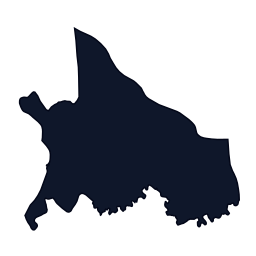 outline of Xebangfay, Khammouan, Laos, rotated 357°
{"feature_id": "54806243B47827681100424", "entity_name": "Xebangfay", "entity_type": "district", "adm_level": 2, "iso_a3": "LAO", "parent_name": "Laos", "parent_adm1": "Khammouan", "projection": "equal_earth", "projection_center": [105.132, 17.21], "detail": "fine", "context": "isolated", "style": "filled", "palette": "ink", "viewbox_px": 256, "rotation_deg": 357, "n_neighbors": 0, "source": "geoboundaries", "source_scale": "gbopen_adm2", "svg_char_len": 5896}
<svg xmlns="http://www.w3.org/2000/svg" viewBox="0 0 256 256"><g transform="rotate(357 128 128)"><path d="M235.3,205.8L235.4,200.0L235.0,194.8L234.3,188.9L233.2,184.1L231.3,179.1L230.0,176.2L228.0,170.0L227.3,159.1L227.1,144.6L217.0,144.2L211.1,143.5L205.6,142.5L203.0,141.9L200.0,140.7L198.4,139.4L196.9,137.9L196.2,136.3L195.2,130.8L194.4,128.8L193.0,126.9L191.6,125.3L189.0,122.7L180.7,115.9L177.7,114.1L160.1,106.4L150.0,99.9L147.8,97.9L146.2,95.5L145.4,93.6L144.6,92.1L143.9,90.3L143.2,88.8L138.3,83.4L136.1,81.4L126.7,75.5L122.1,71.3L119.0,67.2L116.4,62.4L113.8,57.4L112.3,53.1L109.7,48.0L105.2,42.5L101.9,39.3L99.7,37.3L95.7,34.5L85.1,29.0L79.9,25.7L80.7,37.9L81.0,53.3L81.7,64.6L81.5,75.3L80.8,94.5L78.9,97.8L75.9,101.1L73.7,101.0L71.4,98.5L68.4,98.2L66.4,97.6L64.4,97.9L62.5,98.5L60.0,98.6L58.4,100.0L56.2,100.8L52.7,103.0L49.6,106.6L48.0,106.0L47.2,105.5L46.5,104.4L41.6,96.7L39.4,91.1L36.8,87.3L35.4,87.1L34.0,88.1L30.5,91.5L29.5,92.2L28.5,92.3L26.3,91.9L25.2,91.9L23.8,92.2L22.4,92.8L21.8,93.5L21.3,94.7L21.1,96.4L21.1,97.9L22.2,101.5L22.9,103.2L23.8,104.9L25.0,106.1L29.6,108.4L32.0,110.5L33.6,112.2L38.6,116.9L41.1,119.9L42.1,121.8L42.6,124.8L42.6,127.1L42.1,133.0L41.5,136.1L45.7,141.4L47.7,144.6L48.3,145.8L48.7,146.9L49.0,148.7L49.1,150.6L48.8,154.1L48.5,156.1L47.7,158.5L47.4,158.9L46.9,159.1L46.6,159.6L46.8,159.8L47.0,160.3L46.6,160.2L46.4,160.4L46.3,161.4L46.0,161.3L45.7,160.6L45.2,160.5L44.8,160.9L44.7,161.4L45.0,161.6L45.2,162.0L45.3,162.7L44.8,163.6L44.8,164.3L45.2,166.1L45.2,167.2L44.9,168.5L37.8,185.2L34.5,190.8L31.1,195.3L28.7,197.7L26.9,199.4L26.2,200.3L20.6,210.0L21.0,211.1L21.6,213.4L23.2,217.1L23.9,218.2L25.3,220.5L26.0,222.5L26.4,223.3L27.2,224.2L27.8,224.7L28.5,224.8L29.3,224.7L30.0,224.1L31.5,222.5L32.2,221.3L32.3,220.3L31.9,219.3L31.6,218.8L30.5,217.8L30.0,217.1L29.7,216.7L29.5,215.8L29.7,214.5L30.8,213.0L31.5,212.5L32.0,212.2L36.6,210.5L39.0,209.2L40.5,208.7L41.8,208.0L42.2,207.6L42.5,207.0L42.9,205.4L42.5,203.9L42.2,201.2L42.1,199.9L41.9,199.4L41.7,199.2L41.5,197.6L41.2,196.6L41.1,194.9L41.3,194.3L41.6,194.0L42.0,193.9L43.4,194.3L44.3,194.7L45.5,194.7L48.7,193.9L49.4,194.0L49.8,194.4L50.9,195.7L52.2,198.2L53.3,199.7L58.2,204.6L62.0,207.8L62.6,208.3L63.4,208.6L64.3,208.8L65.0,208.7L66.4,208.0L67.0,207.2L68.1,205.3L71.2,201.4L73.1,198.4L75.1,193.1L75.6,192.4L76.1,191.9L77.0,191.3L78.0,190.9L78.5,190.8L79.7,191.0L80.9,191.5L82.5,192.5L83.1,193.0L88.7,198.5L89.7,199.2L88.8,201.2L89.1,202.0L89.8,202.9L89.9,205.1L90.0,205.5L90.1,205.8L90.9,206.2L93.0,205.8L93.5,206.2L93.6,206.5L93.5,208.1L93.7,208.6L94.1,209.5L95.6,211.3L95.8,212.1L95.9,213.4L96.0,213.6L96.5,213.3L96.8,212.8L97.4,211.4L97.7,211.1L99.0,210.5L100.6,210.0L100.8,209.0L101.1,208.3L101.3,208.0L101.5,207.9L101.8,208.0L102.6,208.6L103.0,208.6L104.1,207.2L104.5,207.1L105.3,207.5L105.6,207.9L105.6,208.2L104.6,211.2L104.4,211.9L104.8,213.0L105.1,213.4L105.5,213.2L106.6,212.0L107.7,211.1L108.1,211.0L108.8,210.9L109.1,211.0L110.1,211.7L110.7,211.8L111.4,211.5L112.5,210.6L113.0,210.0L113.1,209.5L113.0,208.6L112.6,206.9L112.7,206.2L113.1,205.8L113.8,205.8L114.5,205.9L115.6,205.8L116.0,205.9L116.3,206.3L116.6,208.4L118.4,210.5L118.6,210.7L119.0,210.7L120.0,209.6L120.9,209.4L121.2,208.9L121.3,206.7L121.7,206.2L122.3,205.6L123.2,205.3L124.5,205.7L126.1,205.8L127.3,206.4L128.0,206.3L128.2,206.0L128.3,205.5L128.3,204.6L127.5,202.0L127.7,201.3L128.1,201.0L128.6,200.9L129.2,201.1L130.3,201.9L130.9,202.6L131.5,201.4L131.9,201.4L132.4,202.2L132.6,202.3L132.8,202.3L133.6,199.4L133.9,198.7L134.5,198.0L134.8,197.8L135.7,197.5L137.4,197.4L137.9,197.5L138.5,197.9L139.9,199.2L140.1,199.3L140.5,199.3L141.0,198.9L141.7,197.7L142.0,196.9L142.0,196.2L141.8,195.9L139.8,194.2L138.9,193.1L138.7,192.7L138.6,192.0L138.6,191.2L138.8,190.4L141.1,188.4L141.4,188.2L141.7,188.2L142.0,188.4L142.5,189.8L142.9,190.5L143.4,190.7L144.0,190.6L144.4,189.9L144.5,188.4L145.4,186.2L145.9,186.0L146.6,186.1L148.4,187.1L151.5,190.1L152.0,190.5L152.5,190.6L153.3,189.7L153.6,189.7L153.7,189.9L153.7,191.0L153.8,191.3L155.1,192.1L157.1,194.2L157.2,194.9L157.3,196.9L157.6,197.6L158.5,198.2L162.0,198.9L162.8,199.2L163.1,199.4L163.6,200.6L164.1,201.2L165.5,202.4L165.5,202.8L165.1,203.6L164.4,204.8L163.8,205.3L163.5,205.4L163.1,205.0L161.9,203.5L161.6,203.5L161.4,203.9L161.0,205.4L160.8,206.4L160.9,207.7L161.4,208.6L163.1,210.4L163.6,211.4L163.7,211.7L163.7,212.3L163.5,212.9L163.0,213.3L162.0,213.6L161.8,213.8L161.7,214.2L162.5,216.4L163.0,217.0L165.6,217.0L166.9,217.5L167.9,217.5L169.0,218.0L170.9,218.3L171.1,218.7L171.0,219.4L171.2,220.0L172.1,221.4L172.4,222.0L172.4,222.9L171.7,224.3L171.6,225.2L171.9,226.0L172.6,227.2L172.8,227.4L173.1,227.4L176.4,226.4L178.4,226.0L182.0,224.0L182.4,223.5L182.9,223.1L185.2,222.2L189.3,222.5L189.9,222.2L191.3,221.4L192.8,221.2L193.2,221.4L193.7,222.1L194.0,223.4L194.0,224.3L193.6,224.8L193.0,225.2L192.6,225.5L192.5,226.1L192.5,228.7L192.6,229.2L192.9,229.6L193.5,230.2L194.0,230.3L194.3,230.2L195.0,229.5L195.5,227.7L196.0,226.9L196.7,226.5L197.2,226.6L198.3,227.1L199.4,228.4L199.8,228.6L200.6,228.4L201.0,228.0L201.1,227.3L201.1,226.8L200.8,225.9L200.2,224.9L198.5,222.8L197.9,221.5L197.7,220.9L197.7,220.3L198.4,219.6L199.6,218.7L200.1,218.4L201.7,218.0L202.2,218.0L202.6,218.1L203.1,218.9L203.9,221.7L205.1,223.3L206.5,225.8L207.0,226.0L207.4,226.0L208.0,225.5L208.2,225.2L208.3,224.4L208.3,223.5L208.6,222.8L210.2,221.9L210.9,221.7L213.1,222.5L213.9,222.6L214.7,222.4L215.6,221.6L217.0,219.0L217.3,218.6L219.1,219.0L220.0,218.5L220.4,218.4L221.1,218.7L222.5,219.7L223.2,219.9L223.5,219.8L224.5,218.9L224.7,218.4L224.1,217.5L223.2,216.1L222.5,214.8L222.4,214.5L223.4,210.3L223.8,209.4L224.3,209.3L225.6,209.5L226.2,209.5L228.0,208.6L229.2,208.5L229.6,208.9L229.7,209.6L230.0,210.6L230.3,210.8L231.1,211.1L232.0,211.1L233.0,210.6L233.6,210.0L234.0,208.9L234.4,207.1L234.8,206.3L235.3,205.8Z" fill="#0f172a" stroke="#020617" stroke-width="1.5"/></g></svg>